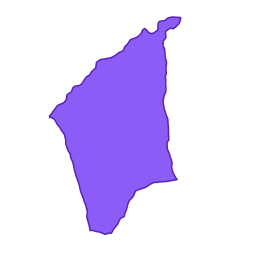 outline of Bidung, Tashigang, Bhutan, rotated 168°
{"feature_id": "84629894B69325222968973", "entity_name": "Bidung", "entity_type": "district", "adm_level": 2, "iso_a3": "BTN", "parent_name": "Bhutan", "parent_adm1": "Tashigang", "projection": "equal_earth", "projection_center": [91.654, 27.391], "detail": "fine", "context": "isolated", "style": "filled", "palette": "violet", "viewbox_px": 256, "rotation_deg": 168, "n_neighbors": 0, "source": "geoboundaries", "source_scale": "gbopen_adm2", "svg_char_len": 4078}
<svg xmlns="http://www.w3.org/2000/svg" viewBox="0 0 256 256"><g transform="rotate(168 128 128)"><path d="M53.6,225.0L54.5,225.4L56.0,225.8L58.9,226.6L59.9,226.9L62.3,227.4L65.6,227.4L67.0,226.8L68.7,226.0L70.3,225.3L71.1,225.5L72.6,225.6L73.7,225.8L75.1,225.7L76.6,224.4L77.2,222.6L78.3,217.9L82.9,215.6L85.4,215.6L86.9,216.1L87.8,217.1L90.4,221.4L90.9,221.7L91.9,221.6L92.6,221.4L93.1,221.0L95.1,218.3L96.4,217.0L99.6,215.3L100.7,214.8L101.7,214.8L102.6,214.5L106.2,214.2L107.6,213.6L108.5,212.9L109.3,211.8L111.0,210.3L113.5,208.7L114.4,208.0L116.2,205.4L117.3,204.4L118.3,204.1L120.3,203.9L121.5,203.5L124.8,201.9L126.2,201.3L129.4,200.4L131.8,200.3L140.7,200.6L142.5,200.0L145.1,198.9L145.4,198.1L147.2,193.3L149.5,192.2L152.6,190.1L153.7,188.4L155.0,187.7L157.7,186.8L158.5,186.3L160.5,184.5L162.7,182.1L163.8,181.1L164.4,180.7L165.4,180.1L166.1,179.9L167.2,179.7L168.3,179.9L171.1,179.9L172.1,179.7L173.0,179.2L173.9,178.3L175.2,176.2L176.0,175.3L177.1,174.6L179.9,173.7L180.5,173.3L181.0,172.6L182.0,169.9L182.1,169.2L182.7,168.4L183.8,167.5L184.3,167.1L185.2,166.3L187.0,165.8L187.9,165.6L190.8,165.1L192.3,164.5L194.0,163.2L196.3,161.0L197.6,160.0L198.2,159.5L199.7,158.0L200.4,157.4L201.0,156.9L202.1,156.2L202.4,154.6L201.1,154.3L199.4,153.1L198.3,151.7L197.8,150.7L196.8,147.5L195.9,145.0L194.6,142.9L194.3,141.8L194.0,141.0L193.6,139.5L193.0,138.1L192.0,136.2L191.5,134.2L191.5,133.3L191.5,131.8L191.4,129.4L192.1,125.1L191.9,122.5L191.8,121.0L191.5,119.6L191.3,118.5L191.1,117.5L190.8,116.8L190.4,115.9L190.0,114.9L190.0,113.4L190.3,111.2L190.0,109.8L189.7,108.9L189.6,108.0L189.4,107.2L189.3,106.6L189.2,105.8L189.1,104.9L189.1,103.5L189.0,102.6L189.0,100.7L189.1,99.4L189.1,98.6L189.1,97.5L189.0,96.3L189.0,95.3L188.8,93.8L188.8,92.8L188.6,90.9L188.5,90.2L188.3,89.0L188.1,87.3L188.0,86.5L187.9,85.5L187.8,84.6L187.6,83.8L187.6,82.7L187.6,81.5L187.6,80.6L187.6,79.9L187.6,79.0L187.6,78.2L187.6,77.5L187.5,76.8L187.5,76.0L187.5,75.2L187.3,74.5L187.2,73.6L187.0,73.0L186.9,72.2L186.9,71.3L186.6,70.5L186.5,69.6L186.4,68.7L186.3,67.6L186.2,66.9L186.1,65.8L186.1,65.0L185.8,63.6L185.6,62.8L185.4,61.7L185.4,60.9L185.4,60.1L185.3,59.3L185.3,58.6L185.3,57.8L185.3,56.8L185.2,56.0L185.2,55.2L185.2,54.2L185.8,52.5L186.6,50.2L186.8,49.5L186.8,48.8L186.7,48.0L186.7,47.2L186.3,41.4L186.3,40.3L186.4,36.3L186.4,35.6L183.4,35.1L182.7,34.5L180.7,33.3L179.3,32.9L177.5,32.1L176.3,31.5L175.1,30.6L172.5,28.7L169.8,29.0L167.2,29.0L166.0,28.6L165.1,29.7L163.4,31.8L162.4,32.6L160.3,34.3L159.3,35.0L157.9,36.5L156.0,39.0L154.1,41.2L153.3,41.6L152.2,41.6L151.0,41.9L149.9,42.4L149.6,43.4L148.4,46.0L147.9,46.6L147.1,47.4L146.6,48.3L145.8,49.9L144.7,52.1L143.4,54.5L142.5,55.7L141.5,56.9L139.5,58.2L137.8,59.5L136.5,60.9L134.8,63.4L133.5,64.9L132.0,65.2L130.6,65.4L129.1,65.6L126.9,65.9L124.7,66.1L123.0,66.3L121.0,67.1L118.2,68.2L115.5,69.1L113.0,69.2L111.3,68.8L108.9,68.8L104.3,68.1L102.7,67.8L99.7,67.6L95.6,67.5L93.6,67.4L92.2,67.4L90.8,67.4L92.0,70.7L93.3,75.0L93.5,79.8L93.5,81.3L92.9,82.4L92.6,83.1L92.3,83.7L92.2,84.6L92.2,85.4L92.2,87.3L92.3,88.3L92.4,89.4L92.6,90.5L92.7,91.7L92.8,93.4L93.0,95.3L93.5,96.7L93.6,97.9L93.7,98.8L93.9,99.9L92.9,105.3L92.1,106.4L91.1,107.2L90.5,108.1L89.2,115.8L89.0,117.0L88.4,119.6L88.3,120.5L88.0,123.8L87.7,124.9L87.6,125.6L87.5,126.5L87.4,127.6L87.2,128.8L87.4,130.0L87.9,132.3L88.1,132.9L88.1,134.0L88.3,135.9L88.6,139.5L88.4,142.6L88.4,146.0L87.3,148.8L86.7,150.6L85.9,151.9L85.3,152.9L83.5,155.6L83.3,156.3L82.5,159.4L82.0,163.7L81.1,166.7L80.9,170.3L79.3,173.0L78.9,175.3L78.6,178.2L77.6,181.3L77.0,182.7L76.8,183.6L76.7,185.0L76.7,187.0L76.8,188.1L76.8,189.2L76.8,190.3L76.5,191.9L76.4,193.1L76.2,194.2L76.1,195.1L75.9,197.3L76.0,198.9L76.7,201.5L76.7,202.2L75.9,203.4L75.7,205.0L75.4,205.7L74.5,206.6L72.5,208.0L72.1,208.6L72.0,209.6L71.8,210.8L71.6,211.6L71.6,212.8L71.4,213.9L70.7,214.7L69.2,215.5L67.8,216.2L65.9,216.9L65.1,216.6L64.0,216.0L63.4,215.8L62.5,215.8L61.9,216.4L60.7,216.6L58.9,217.9L57.5,218.8L56.2,219.7L55.3,221.0L54.7,222.0L53.7,223.9L53.6,225.0Z" fill="#8b5cf6" stroke="#5b21b6" stroke-width="1.5"/></g></svg>